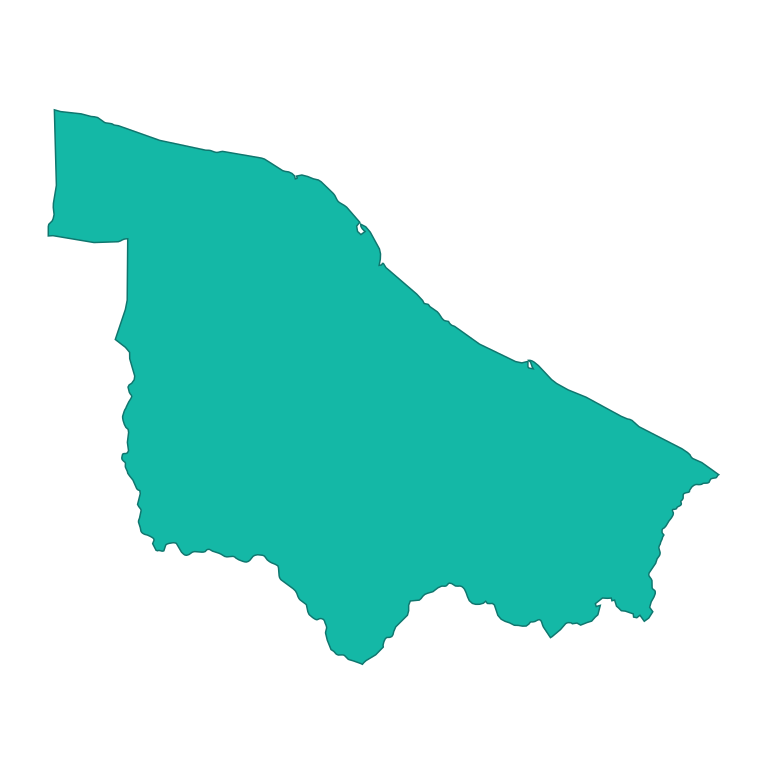 map outline of KwaZulu-Natal (Albers equal-area conic projection), rotated 269°
{"feature_id": "ZAF-1216", "entity_name": "KwaZulu-Natal", "entity_type": "Province", "adm_level": 1, "iso_a3": "ZAF", "parent_name": "South Africa", "parent_adm1": "", "projection": "albers", "projection_center": [30.227, -28.943], "detail": "fine", "context": "isolated", "style": "filled", "palette": "teal", "viewbox_px": 768, "rotation_deg": 269, "n_neighbors": 0, "source": "natural_earth", "source_scale": "10m", "svg_char_len": 6155}
<svg xmlns="http://www.w3.org/2000/svg" viewBox="0 0 768 768"><g transform="rotate(269 384 384)"><path d="M121.0,378.7L113.4,371.0L107.8,361.3L106.0,359.2L104.1,357.5L105.0,355.7L107.8,348.2L109.0,344.3L109.5,343.3L113.0,340.0L113.5,339.3L113.8,338.5L113.9,337.1L113.8,333.7L114.2,332.6L114.8,331.5L117.6,329.1L119.4,326.4L128.9,322.8L136.1,321.2L137.0,321.3L141.1,322.4L142.2,322.3L143.7,321.9L146.2,320.9L147.7,320.5L149.0,319.9L149.8,319.1L150.5,317.4L150.6,316.1L150.4,315.2L149.7,313.6L149.5,312.9L149.6,312.1L150.3,310.6L151.7,308.6L154.6,305.3L155.2,304.9L157.6,303.9L164.8,302.5L169.4,296.6L170.1,295.9L171.1,295.2L172.9,294.3L176.4,293.1L178.8,291.7L180.9,289.6L189.9,277.8L190.7,277.1L192.3,276.2L194.1,275.8L202.1,275.3L204.1,274.7L205.6,272.2L207.2,268.4L208.4,266.4L210.2,264.2L214.0,261.5L214.9,259.6L215.5,254.6L215.0,252.0L214.2,250.4L213.7,249.8L210.2,246.9L209.3,245.7L208.9,245.0L208.4,243.2L208.6,241.6L209.2,239.6L210.8,235.7L212.6,232.8L213.7,231.7L214.1,230.8L214.3,229.6L213.9,223.9L214.4,221.7L216.7,218.1L217.7,216.0L219.9,209.6L221.5,207.0L221.8,206.1L221.6,204.7L221.3,203.9L219.6,202.3L219.1,200.6L219.1,198.5L219.7,192.3L219.7,191.2L219.2,189.4L217.0,186.2L216.7,185.4L216.2,183.7L216.3,182.7L216.6,181.7L217.5,180.5L219.4,178.6L227.8,173.9L228.4,173.4L228.8,172.2L229.0,170.4L228.4,166.4L227.9,164.6L227.2,163.4L226.6,162.9L221.1,161.0L220.8,160.2L220.8,159.0L221.4,156.9L221.5,155.6L221.2,154.7L221.7,153.2L228.4,149.9L232.0,151.4L233.5,150.9L234.5,149.7L235.7,147.7L237.1,144.8L237.8,142.3L238.3,141.2L239.2,139.8L240.2,138.9L241.2,138.4L244.6,137.8L250.3,136.1L252.0,136.3L254.2,137.2L261.6,138.9L262.5,138.8L263.2,138.5L265.8,136.6L267.9,135.5L278.6,138.4L281.6,138.0L282.6,135.9L283.7,134.9L292.3,131.3L296.7,127.9L299.1,126.3L301.2,125.8L305.1,124.1L306.1,123.9L309.4,124.1L310.2,123.7L311.6,122.1L313.0,120.9L314.1,120.6L315.1,120.6L317.7,121.2L318.4,121.5L318.8,122.1L319.0,123.0L319.0,124.8L319.7,126.3L321.8,127.4L330.1,126.4L340.0,127.8L343.1,127.4L345.1,125.2L348.1,123.7L352.1,122.5L354.6,122.1L356.2,122.1L361.1,123.7L362.7,124.4L364.6,125.6L365.5,125.9L370.6,128.5L373.9,130.7L375.9,131.6L377.2,131.2L378.4,130.2L380.2,129.2L385.4,128.0L387.6,129.2L389.1,131.7L392.6,134.3L396.3,134.9L413.7,130.2L420.1,130.2L425.2,126.1L433.2,116.1L463.0,126.7L472.3,128.7L533.7,130.3L533.6,128.2L533.3,126.5L532.6,124.8L531.7,123.1L530.9,120.8L530.5,96.5L538.1,55.6L537.9,50.9L547.3,51.1L549.5,51.6L552.9,55.1L555.1,56.1L559.2,57.1L566.3,56.4L570.4,56.6L588.3,59.9L663.9,59.2L662.0,65.5L659.4,85.9L656.6,95.8L656.2,99.2L655.4,102.4L650.3,109.3L649.9,110.6L649.2,115.1L648.9,116.5L647.6,118.8L646.9,122.9L631.5,164.0L620.9,209.7L620.7,213.2L620.4,214.8L619.0,218.4L618.5,220.1L618.5,222.0L619.2,225.0L619.4,226.7L612.0,265.5L611.0,268.4L599.1,286.4L598.3,288.9L597.7,292.5L596.1,295.7L593.7,298.1L590.6,298.9L591.1,300.5L591.5,300.9L593.4,300.1L594.4,305.5L592.8,311.3L590.4,316.9L589.1,322.0L587.3,324.7L575.3,336.7L573.4,338.1L569.0,340.2L567.2,341.4L565.9,343.1L563.2,347.5L561.4,349.8L546.1,362.6L542.4,359.4L537.0,360.2L533.8,363.5L536.8,367.8L537.9,366.5L539.7,364.9L541.9,363.7L544.2,363.5L541.5,368.5L536.1,372.9L519.1,381.8L514.1,382.8L508.8,382.5L502.7,381.2L503.1,383.5L503.7,384.1L504.6,384.5L504.5,385.5L500.3,388.0L473.3,418.3L466.8,424.1L464.7,425.1L463.8,425.7L463.5,426.7L462.9,429.4L462.4,430.0L460.6,431.2L455.3,438.5L453.3,440.2L448.7,443.1L446.8,444.8L446.1,446.3L445.4,449.6L443.6,450.6L442.5,451.6L441.5,452.8L440.4,455.6L422.2,480.2L404.1,516.0L402.7,522.2L404.1,528.3L398.6,528.2L397.3,529.4L396.6,533.5L398.7,532.4L403.3,530.9L405.1,529.2L405.1,530.4L404.8,531.5L404.4,532.6L403.2,534.6L399.6,538.8L385.5,551.6L381.5,556.6L374.9,568.0L367.3,585.8L347.6,620.5L344.8,626.8L344.3,629.2L343.2,631.4L336.8,638.3L313.9,681.0L310.0,686.5L307.9,688.7L306.0,689.6L304.2,691.2L299.9,700.4L287.5,717.1L287.0,716.3L284.8,714.8L284.4,714.1L284.0,711.1L283.5,709.4L283.2,709.0L282.3,708.4L280.1,707.3L279.6,706.5L279.3,705.5L279.2,702.4L279.0,701.1L278.2,699.9L277.9,698.0L277.9,696.8L278.1,694.7L277.9,693.5L277.3,692.1L275.8,690.1L272.6,687.8L271.0,687.5L270.4,686.4L269.9,683.7L269.3,682.2L268.8,681.6L268.0,681.2L264.7,681.1L263.8,680.7L263.0,680.2L262.0,679.1L261.3,678.7L259.3,679.2L258.5,679.1L257.7,678.6L257.1,677.7L256.2,675.8L255.6,674.9L254.2,674.2L253.8,673.0L253.6,672.1L253.7,671.2L253.4,670.5L252.9,670.1L251.0,670.6L250.3,671.0L249.1,671.0L247.7,670.6L245.2,669.1L242.0,666.5L237.2,663.5L235.3,661.8L235.0,661.0L234.3,660.1L233.4,659.5L230.8,659.4L229.7,659.9L228.6,661.0L228.1,661.2L226.1,659.9L224.2,659.4L221.1,657.9L219.1,657.4L217.6,656.5L216.4,656.1L215.4,655.9L210.9,657.1L210.0,657.1L208.8,656.9L207.6,656.4L204.4,654.0L200.0,652.5L190.5,645.8L188.9,645.4L188.1,645.5L187.4,645.7L184.2,647.9L182.7,648.5L175.7,648.5L174.9,648.8L174.3,649.2L172.8,651.1L172.2,651.4L171.4,651.6L169.6,651.5L166.3,650.2L161.6,647.4L156.1,645.7L151.6,648.8L145.3,644.6L142.2,640.1L148.3,635.9L145.9,632.7L146.6,629.5L149.8,629.2L152.7,621.3L153.2,617.3L156.0,614.6L157.8,612.6L163.9,610.8L163.3,608.1L166.0,607.5L165.8,603.7L166.2,598.7L160.7,591.5L157.8,592.3L158.9,596.4L149.5,593.8L147.2,591.1L143.3,587.5L142.0,583.0L139.5,576.4L141.6,572.8L141.0,568.1L141.6,567.5L142.0,566.6L142.2,564.0L141.9,562.7L141.2,561.4L135.5,556.3L128.5,547.7L127.5,546.0L138.1,539.2L139.7,538.5L143.3,537.4L144.9,536.6L145.7,535.2L145.4,533.7L143.9,530.7L143.5,528.5L143.6,527.1L143.2,526.0L141.5,524.7L139.5,521.9L139.5,518.1L140.3,514.0L140.5,510.1L143.0,505.4L144.6,500.9L146.8,497.0L150.7,493.8L161.2,490.5L162.7,488.5L162.6,485.9L162.8,483.5L165.0,481.9L163.1,479.5L162.1,475.8L162.1,471.8L163.1,468.5L165.9,465.5L169.8,463.8L173.8,462.5L177.4,460.9L178.9,459.7L180.1,458.3L180.7,456.6L180.6,454.3L180.8,451.9L183.3,448.2L183.8,445.9L183.4,445.0L181.5,443.2L180.9,442.3L180.8,441.1L180.9,438.8L180.8,437.8L179.3,434.4L175.5,429.3L174.0,423.8L172.9,421.1L171.0,419.0L168.9,417.4L167.3,415.5L166.6,406.5L162.4,404.8L156.9,404.7L152.4,403.4L141.0,391.5L136.3,389.4L133.2,388.6L131.4,387.4L130.6,385.4L130.5,382.3L129.2,380.8L126.3,379.4L123.0,378.5L121.0,378.7Z" fill="#14b8a6" stroke="#0f766e" stroke-width="1.5"/></g></svg>